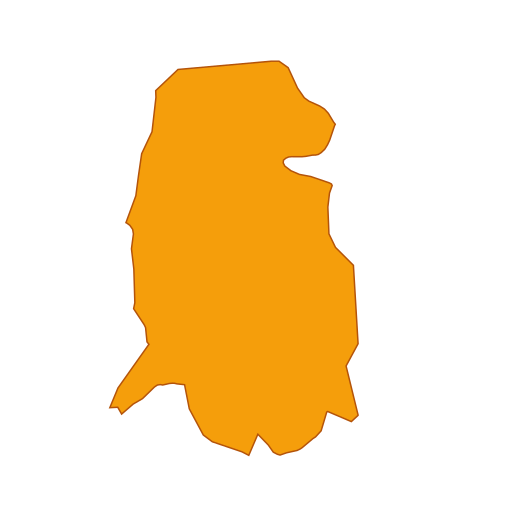 the District of Tashigang, rotated 286°
{"feature_id": "BTN-2493", "entity_name": "Tashigang", "entity_type": "District", "adm_level": 1, "iso_a3": "BTN", "parent_name": "Bhutan", "parent_adm1": "", "projection": "albers", "projection_center": [91.704, 27.241], "detail": "fine", "context": "isolated", "style": "filled", "palette": "amber", "viewbox_px": 512, "rotation_deg": 286, "n_neighbors": 0, "source": "natural_earth", "source_scale": "10m", "svg_char_len": 1337}
<svg xmlns="http://www.w3.org/2000/svg" viewBox="0 0 512 512"><g transform="rotate(286 256 256)"><path d="M252.2,121.8L280.8,123.9L300.8,120.9L322.8,117.9L346.8,121.8L380.9,116.1L387.3,114.0L413.8,129.6L447.5,217.1L449.6,224.4L445.9,235.0L428.9,249.6L421.4,258.8L419.4,264.3L417.7,276.0L416.1,281.3L413.1,286.2L406.0,293.8L404.5,295.9L404.4,295.9L403.0,295.6L387.7,294.9L382.7,294.1L377.7,292.7L373.4,290.2L370.8,287.9L369.4,285.3L368.6,282.6L365.5,276.4L364.1,272.8L361.3,262.9L360.2,260.1L358.3,257.8L355.7,256.0L353.0,256.5L350.4,258.9L347.6,266.0L346.4,275.3L347.5,286.7L346.5,306.4L346.0,308.7L344.7,309.8L336.8,309.3L322.8,311.6L297.4,320.0L286.2,330.0L273.9,352.2L199.8,378.3L175.1,372.9L131.2,398.0L130.9,398.0L123.1,393.3L126.3,367.8L125.5,367.0L105.9,366.8L98.5,363.1L96.1,361.0L84.5,353.2L82.7,351.7L80.4,349.1L75.3,339.7L71.3,334.0L71.3,331.1L72.2,326.7L77.7,319.9L85.2,306.9L62.4,304.0L63.9,296.5L65.4,265.2L69.4,254.7L90.7,234.0L112.6,222.8L111.3,215.2L111.2,212.9L110.7,210.8L109.6,207.9L106.3,201.9L106.0,199.4L104.8,196.8L102.1,194.5L87.6,186.2L79.9,178.8L67.0,170.4L72.5,164.8L69.9,157.3L91.1,159.7L141.6,177.4L143.4,174.9L156.7,169.6L159.1,167.5L171.6,152.9L177.7,152.4L209.7,142.2L228.6,134.3L243.4,132.1L247.6,130.1L250.7,126.3L252.0,122.8L252.2,121.8Z" fill="#f59e0b" stroke="#b45309" stroke-width="1.5"/></g></svg>